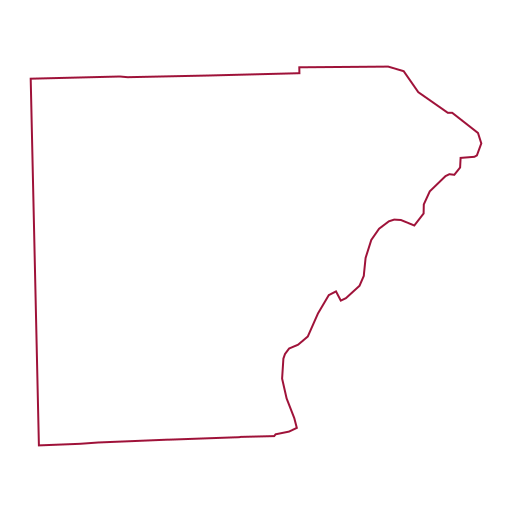 Monroe, Michigan, United States of America
{"feature_id": "52423323B88376990357091", "entity_name": "Monroe", "entity_type": "district", "adm_level": 2, "iso_a3": "USA", "parent_name": "United States of America", "parent_adm1": "Michigan", "projection": "mercator", "projection_center": [-83.415, 41.909], "detail": "fine", "context": "isolated", "style": "outline", "palette": "rose", "viewbox_px": 512, "rotation_deg": 0, "n_neighbors": 0, "source": "geoboundaries", "source_scale": "gbopen_adm2", "svg_char_len": 929}
<svg xmlns="http://www.w3.org/2000/svg" viewBox="0 0 512 512"><path d="M274.2,436.1L275.6,434.3L289.0,431.6L296.8,427.9L294.3,418.2L286.6,398.4L282.1,378.6L283.4,358.6L285.0,354.0L289.1,348.5L298.1,344.7L307.8,336.5L318.0,313.4L328.8,295.1L336.0,291.4L336.2,291.8L340.8,300.6L345.9,298.2L354.9,290.0L359.5,285.8L363.8,275.9L364.0,273.5L365.6,257.9L371.3,239.9L379.1,228.7L388.9,221.3L394.2,219.6L400.9,220.0L414.3,225.5L423.6,213.5L423.8,204.4L429.8,191.3L445.5,176.1L449.4,174.2L454.3,174.8L460.1,167.5L460.6,157.9L474.4,156.8L476.9,155.4L481.3,143.4L478.0,133.0L452.2,112.8L447.8,112.8L418.3,92.2L403.7,71.2L388.2,66.6L299.3,67.3L299.4,73.2L209.1,75.5L127.6,77.2L119.9,76.5L30.7,78.7L38.9,445.4L39.0,445.4L80.1,443.8L98.1,442.5L112.8,441.9L125.3,441.4L132.8,441.1L135.1,441.0L166.6,439.7L167.7,439.7L174.0,439.5L235.7,437.3L236.4,437.3L239.2,437.2L240.8,436.9L274.2,436.1Z" fill="none" stroke="#9f1239" stroke-width="2"/></svg>